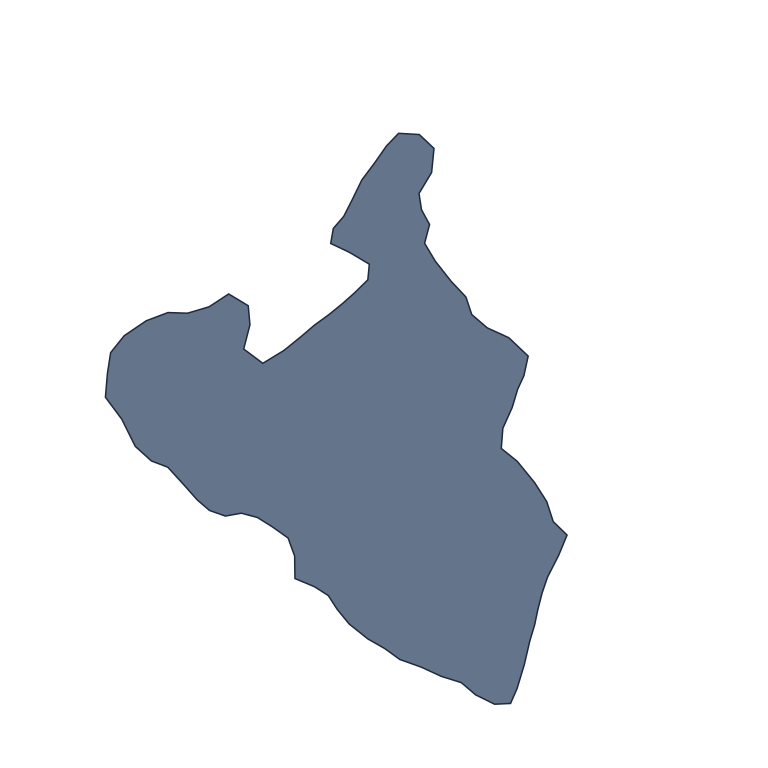 Ribeirão Vermelho, Minas Gerais, Brazil (orthographic projection), rotated 117°
{"feature_id": "56859067B66490623340550", "entity_name": "Ribeirão Vermelho", "entity_type": "district", "adm_level": 2, "iso_a3": "BRA", "parent_name": "Brazil", "parent_adm1": "Minas Gerais", "projection": "orthographic", "projection_center": [-45.077, -21.15], "detail": "fine", "context": "isolated", "style": "filled", "palette": "slate", "viewbox_px": 768, "rotation_deg": 117, "n_neighbors": 0, "source": "geoboundaries", "source_scale": "gbopen_adm2", "svg_char_len": 1251}
<svg xmlns="http://www.w3.org/2000/svg" viewBox="0 0 768 768"><g transform="rotate(117 384 384)"><path d="M596.2,353.9L597.8,337.6L606.1,323.3L613.7,306.0L618.5,282.5L619.4,263.2L622.3,244.8L619.4,222.4L618.5,200.3L615.0,179.5L619.4,161.2L619.1,140.1L611.2,126.2L594.7,127.2L570.3,131.6L546.8,137.4L530.3,140.4L515.1,144.5L498.6,148.2L481.8,150.6L457.1,150.6L435.5,152.3L429.8,170.7L414.9,185.6L403.5,205.0L392.4,230.2L388.2,250.2L369.5,258.0L346.7,259.1L328.0,262.5L313.1,263.1L293.7,268.2L286.1,293.7L287.1,317.5L282.3,337.3L269.3,350.5L262.1,370.6L251.3,394.0L240.2,411.7L221.2,415.8L211.7,429.7L198.3,439.3L173.9,437.6L151.4,446.4L145.7,465.8L154.0,484.8L170.8,489.9L190.4,492.6L212.3,496.4L233.6,496.0L252.9,496.0L268.4,499.8L283.0,495.3L282.4,474.6L283.9,451.5L298.5,445.7L316.6,451.8L332.1,457.9L347.4,464.7L362.9,472.6L380.0,479.7L399.7,488.5L420.6,501.4L416.5,524.9L392.1,530.3L375.9,540.5L374.3,563.3L394.6,574.9L410.1,591.2L418.4,608.9L435.5,624.5L458.9,637.4L480.2,641.8L500.5,635.1L522.3,626.2L534.4,601.7L552.5,577.3L558.2,556.2L556.3,538.9L564.5,517.1L572.1,497.7L575.9,482.1L573.7,465.4L563.9,452.5L560.4,436.2L562.0,418.5L564.8,399.5L577.9,385.5L597.8,375.0L596.2,353.9Z" fill="#64748b" stroke="#1e293b" stroke-width="1.5"/></g></svg>